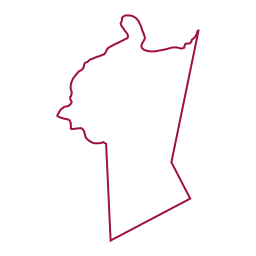 Thomazo/Tournesse, Dennery, Saint Lucia (Mercator projection)
{"feature_id": "8701671B52938625502385", "entity_name": "Thomazo/Tournesse", "entity_type": "district", "adm_level": 2, "iso_a3": "LCA", "parent_name": "Saint Lucia", "parent_adm1": "Dennery", "projection": "mercator", "projection_center": [-60.947, 13.919], "detail": "fine", "context": "isolated", "style": "outline", "palette": "rose", "viewbox_px": 256, "rotation_deg": 0, "n_neighbors": 0, "source": "geoboundaries", "source_scale": "gbopen_adm2", "svg_char_len": 5142}
<svg xmlns="http://www.w3.org/2000/svg" viewBox="0 0 256 256"><path d="M73.5,77.9L73.2,78.4L73.1,78.5L73.0,78.8L72.8,79.1L72.6,79.6L72.5,79.8L72.4,80.1L72.1,80.6L72.0,80.9L72.0,81.1L71.8,81.4L71.7,81.7L71.6,81.8L71.6,82.1L71.4,82.3L71.3,82.6L71.3,82.8L71.1,83.4L70.9,84.3L70.9,84.5L70.8,84.9L70.8,85.0L70.7,85.4L70.7,85.7L70.7,85.9L70.6,88.2L70.7,88.5L70.7,88.8L70.8,89.0L70.9,89.4L70.9,89.6L71.0,89.9L71.0,90.0L71.4,90.9L71.5,91.3L71.6,91.5L71.6,91.8L71.7,92.0L71.7,93.1L71.6,93.5L71.6,93.8L71.5,94.1L71.5,94.4L71.4,94.7L71.4,94.9L71.2,95.2L71.2,95.4L71.1,95.7L70.9,96.1L70.6,96.4L70.5,96.6L70.4,96.8L70.2,97.0L70.1,97.3L70.1,97.5L70.2,98.0L70.2,98.3L70.2,98.6L70.3,98.8L70.3,99.0L70.4,99.4L70.5,99.7L70.5,99.9L70.6,100.2L70.8,100.4L71.0,100.8L71.2,101.0L71.3,101.2L71.4,101.5L71.6,101.7L71.7,102.1L71.7,102.3L71.4,102.7L71.3,103.0L71.0,103.4L70.8,103.7L70.7,104.0L70.4,104.3L70.2,104.5L69.6,105.0L69.3,105.2L69.1,105.5L68.8,105.6L68.5,105.9L68.3,105.9L68.0,106.0L67.6,106.1L67.3,106.2L67.1,106.3L66.7,106.4L66.1,106.5L65.9,106.5L65.4,106.6L65.1,106.6L64.7,106.7L64.5,106.8L64.3,106.8L64.0,107.0L63.6,107.4L63.1,107.8L62.5,108.3L62.3,108.3L62.1,108.6L61.6,108.8L61.4,109.1L61.2,109.2L60.9,109.4L60.7,109.5L60.5,110.0L60.3,110.2L60.2,110.4L60.1,110.7L59.9,111.0L59.7,111.2L59.5,111.4L59.3,111.6L59.1,111.9L59.0,112.1L59.0,112.3L58.8,112.6L58.7,112.8L58.6,113.2L58.3,113.7L58.2,113.9L57.8,114.3L57.6,114.6L57.6,114.8L57.5,115.0L57.5,115.3L57.3,115.7L57.3,115.9L57.4,116.1L57.7,116.3L58.0,116.4L58.2,116.6L58.5,116.7L58.7,116.8L58.9,116.9L59.1,117.0L59.6,117.2L59.9,117.3L60.1,117.4L60.3,117.5L60.6,117.6L60.8,117.6L61.0,117.7L61.2,117.8L61.7,117.9L62.0,118.0L62.5,118.2L63.0,118.3L63.7,118.6L63.9,118.6L64.3,118.7L64.5,118.8L64.8,118.9L65.6,118.9L66.0,118.9L66.2,119.0L66.6,119.1L67.0,119.2L67.5,119.3L67.8,119.4L68.3,119.6L68.5,119.7L68.8,119.8L69.0,119.9L69.1,120.0L69.3,120.1L69.5,120.2L69.7,120.6L69.9,121.0L70.2,121.7L70.4,122.1L70.5,122.3L70.5,122.6L70.7,123.0L70.8,123.2L70.8,123.8L70.8,124.1L70.8,125.7L70.8,125.9L70.9,126.4L70.9,128.2L70.8,128.6L71.7,129.1L77.2,128.5L80.8,128.1L82.1,128.6L84.1,131.2L85.3,136.0L86.0,137.9L88.8,140.6L93.4,143.2L97.9,143.3L101.2,143.0L103.1,142.1L106.1,143.8L110.6,240.5L190.2,198.6L171.4,162.3L185.3,94.7L198.7,29.7L198.2,30.4L197.3,31.6L196.8,33.6L195.9,35.6L194.5,37.5L191.9,39.8L191.2,41.7L190.3,43.0L188.9,43.5L187.7,43.7L186.3,43.5L185.1,44.2L184.4,46.2L184.3,47.6L182.9,48.2L182.1,48.5L180.4,48.4L177.7,47.6L176.2,47.4L172.1,47.5L168.7,48.5L164.9,49.5L163.0,49.8L158.5,50.7L154.6,51.4L150.1,51.4L147.0,50.8L144.2,50.0L142.4,48.5L141.5,47.2L141.5,44.9L142.5,43.0L144.0,40.3L144.6,39.0L144.9,37.4L143.8,34.1L141.9,29.4L141.1,26.5L139.1,22.4L139.0,21.9L137.6,19.9L135.5,17.7L132.3,16.0L130.1,15.5L125.3,15.4L122.8,16.9L122.0,18.1L121.8,20.9L121.4,22.0L120.6,23.3L121.3,25.5L121.9,26.7L122.9,27.6L124.3,30.1L125.8,31.8L126.6,32.9L127.8,34.9L127.9,37.4L127.3,38.3L124.7,39.3L123.9,39.9L120.2,41.7L119.3,42.1L119.1,42.3L118.9,42.4L118.7,42.5L118.3,42.7L118.1,42.8L117.8,42.9L117.6,43.0L117.4,43.1L117.2,43.1L116.8,43.3L116.6,43.4L116.4,43.5L116.1,43.6L115.9,43.7L115.7,43.8L115.4,44.0L115.2,44.0L114.7,44.3L114.6,44.5L114.3,44.6L114.1,44.7L113.9,44.8L113.7,44.9L113.3,45.1L113.1,45.1L112.8,45.2L112.6,45.3L112.4,45.5L112.1,45.7L111.9,45.8L111.6,46.0L111.4,46.1L111.1,46.2L110.8,46.3L110.6,46.5L110.4,46.6L110.2,46.7L110.1,46.8L109.8,47.0L109.7,47.1L109.4,47.4L109.1,47.5L108.9,47.5L108.7,47.6L108.4,47.7L108.2,47.9L108.1,48.0L107.9,48.2L107.8,48.3L107.6,48.5L107.4,48.8L107.3,49.0L107.2,49.1L107.1,49.4L107.0,49.5L106.9,49.7L106.7,50.0L106.6,50.3L106.5,50.5L106.4,50.7L106.3,51.0L106.2,51.2L106.1,51.5L105.9,51.8L105.8,52.0L105.7,52.2L105.5,52.5L105.4,52.7L105.2,52.9L105.1,53.1L105.0,53.3L104.8,53.5L104.7,53.7L104.5,53.8L104.4,53.9L104.3,54.1L104.2,54.2L104.0,54.4L103.8,54.5L103.5,54.6L103.3,54.6L103.1,54.7L102.9,54.7L102.7,54.8L102.4,54.8L102.2,54.9L102.0,55.0L101.8,55.1L101.6,55.2L101.4,55.3L101.1,55.4L101.0,55.5L100.8,55.6L100.6,55.7L100.4,55.7L100.2,55.8L99.9,55.9L99.7,56.0L99.3,56.2L99.1,56.3L98.9,56.3L98.5,56.5L98.4,56.5L98.2,56.5L97.8,56.6L97.6,56.6L97.4,56.7L97.1,56.8L96.9,56.8L96.4,57.0L96.2,57.1L95.9,57.2L95.6,57.4L95.3,57.5L95.0,57.6L94.8,57.7L94.6,57.8L94.4,57.9L94.2,58.0L93.8,58.1L93.6,58.2L93.5,58.3L93.3,58.4L93.0,58.5L92.8,58.7L92.6,58.7L92.4,58.8L92.1,58.9L91.9,59.0L91.7,59.0L91.2,59.1L90.6,59.4L90.3,59.5L90.0,59.6L89.8,59.8L89.7,59.9L89.5,60.0L89.4,60.1L89.1,60.3L89.0,60.5L88.9,60.6L88.5,60.9L88.3,61.1L88.1,61.3L87.9,61.6L87.6,61.9L86.5,62.3L85.2,62.7L84.6,63.5L84.2,64.1L84.1,64.6L84.1,65.1L84.1,65.6L84.0,65.8L84.0,66.0L83.9,66.4L83.8,66.7L83.6,67.3L83.4,67.6L83.4,67.8L83.2,67.9L83.2,68.2L83.0,68.4L82.8,68.5L82.6,68.8L82.4,69.0L82.2,69.3L82.0,69.5L81.6,69.8L81.4,70.0L81.1,70.2L80.7,70.4L80.5,70.6L80.3,70.6L80.0,70.8L79.5,71.0L79.2,71.2L79.0,71.3L78.8,71.5L78.6,71.7L78.4,71.9L78.2,72.1L78.1,72.3L77.8,72.6L77.6,72.8L77.4,73.1L77.0,73.5L76.8,73.9L76.6,74.0L76.4,74.2L76.2,74.4L76.1,74.6L75.9,74.8L75.7,75.1L75.4,75.4L75.3,75.6L75.1,75.8L74.8,76.2L74.6,76.5L74.4,76.7L74.2,76.9L74.0,77.2L73.7,77.6L73.5,77.9Z" fill="none" stroke="#9f1239" stroke-width="2"/></svg>